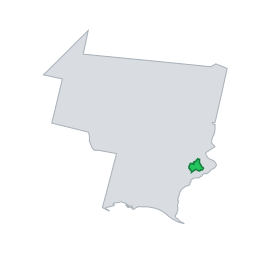 M'bout, Gorgol, Mauritania (highlighted), rotated 284°
{"feature_id": "47542326B11221851845412", "entity_name": "M'bout", "entity_type": "district", "adm_level": 2, "iso_a3": "MRT", "parent_name": "Mauritania", "parent_adm1": "Gorgol", "projection": "orthographic", "projection_center": [-12.565, 16.012], "detail": "fine", "context": "in_parent", "style": "filled", "palette": "green", "viewbox_px": 256, "rotation_deg": 284, "n_neighbors": 0, "source": "geoboundaries", "source_scale": "gbopen_adm2", "svg_char_len": 4549}
<svg xmlns="http://www.w3.org/2000/svg" viewBox="0 0 256 256"><g transform="rotate(284 128 128)"><path d="M110.9,221.9L110.6,221.8L109.1,220.7L108.3,219.4L107.1,218.4L105.4,217.8L104.3,217.0L103.8,216.2L103.1,215.6L102.5,215.4L102.4,215.1L102.6,214.6L102.4,213.9L101.4,212.2L100.5,211.4L99.7,211.5L99.2,211.3L99.0,210.9L98.9,210.3L98.3,209.9L97.4,209.7L96.6,208.4L96.1,206.1L95.3,204.2L94.4,202.9L93.8,202.4L93.3,202.4L93.2,202.2L93.0,201.8L92.3,201.6L91.3,202.0L90.4,201.9L90.0,201.2L89.4,201.2L88.6,201.7L87.8,201.5L86.8,200.7L86.3,199.9L86.2,199.1L84.6,197.4L81.5,194.9L78.1,193.8L74.4,193.9L72.4,193.7L71.9,193.3L71.5,193.4L71.0,193.8L70.5,193.9L70.0,193.7L69.7,193.8L69.6,194.5L68.3,194.8L65.8,194.7L63.8,195.1L62.3,195.8L60.1,196.1L57.4,196.0L55.7,195.7L55.1,195.2L54.3,195.1L53.3,195.3L52.4,196.5L51.5,198.7L50.8,199.9L50.3,200.2L49.7,201.8L49.3,204.6L48.8,205.8L48.9,198.9L49.8,196.4L50.1,194.2L51.9,189.3L54.0,185.3L55.9,180.0L56.7,174.8L56.6,169.7L56.1,165.2L55.2,162.2L54.4,157.8L53.1,155.5L50.8,153.5L50.2,152.3L50.8,151.9L52.3,151.6L53.3,150.1L51.3,150.6L53.7,145.9L54.5,142.7L54.4,140.6L54.9,139.3L53.2,136.4L51.9,132.8L51.2,132.2L50.5,131.9L50.4,132.7L50.0,133.5L49.2,133.0L47.7,130.4L45.7,126.1L45.0,125.6L44.4,126.2L44.0,126.8L43.2,130.3L43.0,128.9L43.4,127.2L43.9,125.2L44.6,122.4L46.4,122.4L49.6,122.5L56.1,122.6L59.3,122.7L65.8,122.7L69.1,122.8L75.5,122.8L78.8,122.9L85.3,122.9L88.5,122.9L95.0,123.0L98.2,123.0L100.4,123.0L100.3,121.0L100.2,119.4L100.0,117.2L99.9,115.1L99.8,113.0L99.7,111.0L99.5,109.0L99.4,107.1L99.3,105.4L99.2,104.4L98.5,102.5L98.3,101.5L98.5,100.5L99.0,99.6L100.2,97.8L102.1,96.5L104.3,94.9L106.0,93.7L106.8,93.4L109.4,93.0L111.5,92.1L113.5,91.3L114.3,90.8L114.4,89.1L114.3,52.8L123.9,52.8L126.5,52.8L144.3,52.6L146.8,52.6L159.7,52.4L159.7,50.7L159.6,48.2L159.5,44.9L159.4,41.5L159.2,35.6L159.1,33.1L161.7,34.7L166.9,37.9L169.5,39.5L174.7,42.7L179.9,45.8L185.1,49.0L187.8,50.6L190.4,52.2L193.0,53.7L195.7,55.3L201.0,58.5L203.2,59.8L206.6,61.9L209.8,63.9L213.0,65.8L208.2,66.0L201.8,66.2L197.5,66.4L193.0,66.5L188.8,66.7L189.3,70.1L189.9,73.8L190.4,77.5L191.0,81.2L191.5,85.0L193.2,96.1L193.7,99.9L194.3,103.6L194.9,107.4L195.4,111.1L196.5,118.6L197.1,122.3L197.6,126.1L198.2,129.8L198.7,133.6L199.3,137.3L200.4,144.8L200.9,148.6L201.5,152.3L202.0,156.1L202.6,159.8L203.1,163.6L203.7,167.3L204.2,171.1L205.3,178.6L205.9,182.4L206.4,186.1L206.9,189.9L207.5,193.5L209.3,195.4L211.5,197.7L211.0,201.2L210.4,205.3L209.7,209.8L203.7,210.0L197.7,210.1L182.9,210.6L179.9,210.6L165.0,210.9L162.1,211.0L156.3,211.1L154.6,211.0L154.0,210.7L153.7,208.4L153.2,208.5L152.6,209.2L152.3,210.0L152.5,210.9L152.4,211.7L150.5,212.1L147.9,212.7L145.2,213.1L142.4,213.0L141.5,212.8L140.5,212.5L138.3,212.2L137.1,212.2L135.7,212.3L134.1,212.5L133.6,212.9L132.4,214.7L131.2,216.7L130.5,216.7L129.6,215.6L127.2,213.5L124.3,210.8L123.0,209.5L122.3,209.3L120.9,210.3L119.8,211.2L118.5,212.6L118.0,213.8L117.5,215.3L117.4,217.1L116.9,219.1L115.9,220.7L114.7,222.0L113.9,222.6L113.5,222.9L110.9,221.9ZM52.4,147.1L51.4,148.6L51.0,148.0L50.9,147.0L51.7,145.7L52.1,144.9L52.8,144.7L52.4,147.1Z" fill="#d9dde1" stroke="#a8b0b8" stroke-width="1"/><path d="M103.8,196.9L103.8,197.0L103.6,197.0L103.6,197.4L103.6,197.5L103.4,197.7L103.2,197.7L103.1,197.8L103.2,198.0L102.9,198.1L102.7,198.2L102.6,198.3L102.5,198.5L102.4,198.6L102.3,198.8L102.2,198.8L102.1,199.0L102.0,199.3L101.9,199.3L101.8,199.5L101.7,199.8L101.4,200.3L101.1,200.4L100.9,200.4L100.4,200.4L101.5,201.3L101.7,201.5L102.6,202.3L104.4,203.9L104.3,204.2L104.2,204.6L104.0,204.9L103.7,206.1L103.7,206.5L103.6,206.9L103.5,207.0L103.5,207.3L103.5,207.5L103.8,207.7L103.8,207.8L104.1,208.1L104.3,208.4L104.3,208.5L105.0,208.6L105.2,210.2L105.3,210.3L106.1,210.6L107.2,210.9L107.3,210.7L107.8,210.5L108.1,209.2L108.3,208.9L109.1,208.3L109.5,207.8L109.8,207.6L110.3,207.2L110.6,206.9L110.9,206.6L111.1,206.3L111.2,206.0L111.4,205.8L111.7,205.6L111.8,205.6L112.0,205.6L112.3,205.4L112.9,205.5L115.0,205.0L115.0,204.8L114.9,204.7L115.0,204.3L114.7,203.8L114.7,203.7L114.9,203.1L114.4,203.1L114.1,202.9L114.1,202.7L113.9,202.5L113.4,202.1L112.9,202.0L112.7,202.2L112.1,201.9L111.8,201.9L111.5,201.5L111.5,201.0L111.5,200.4L111.3,200.2L110.8,200.1L110.6,199.9L110.0,200.1L109.4,200.6L109.0,200.8L108.8,200.8L108.7,200.8L108.7,200.5L108.7,200.2L108.9,199.9L108.9,199.5L109.1,198.9L109.0,198.5L108.9,198.5L108.9,198.3L108.8,197.9L108.7,197.7L108.6,197.4L108.7,197.1L105.7,196.5L105.2,196.4L104.6,196.9L104.2,196.8L103.8,196.9Z" fill="#22c55e" stroke="#15803d" stroke-width="1.5"/></g></svg>